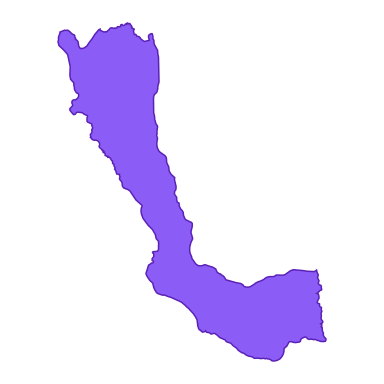 Santa Bárbara (Iscuandé), Nariño, Colombia (orthographic projection)
{"feature_id": "7082276B99136561352014", "entity_name": "Santa Bárbara (Iscuandé)", "entity_type": "district", "adm_level": 2, "iso_a3": "COL", "parent_name": "Colombia", "parent_adm1": "Nariño", "projection": "orthographic", "projection_center": [-77.93, 2.324], "detail": "fine", "context": "isolated", "style": "filled", "palette": "violet", "viewbox_px": 384, "rotation_deg": 0, "n_neighbors": 0, "source": "geoboundaries", "source_scale": "gbopen_adm2", "svg_char_len": 5922}
<svg xmlns="http://www.w3.org/2000/svg" viewBox="0 0 384 384"><path d="M152.1,33.7L151.0,33.7L148.9,35.0L148.5,36.1L148.6,37.8L149.3,39.8L149.2,40.3L144.7,41.4L143.6,41.1L141.2,39.2L140.4,38.4L140.0,37.5L139.0,36.6L136.9,36.3L136.0,34.6L135.4,34.3L134.7,34.5L134.1,34.0L133.4,30.5L134.2,29.7L134.0,28.9L131.7,28.1L131.6,27.9L132.1,27.5L131.6,26.0L131.3,25.8L131.0,25.1L130.5,24.8L129.9,23.6L128.5,23.8L127.9,23.1L127.2,23.0L126.9,23.6L126.2,23.8L126.7,24.1L123.6,25.4L122.7,25.4L122.0,24.5L121.3,24.6L120.6,25.1L120.8,26.0L120.6,26.5L120.1,26.7L117.4,26.7L116.9,27.8L115.6,28.4L115.0,27.9L114.2,28.3L113.1,28.3L112.4,27.9L111.5,27.8L110.3,28.1L109.1,29.6L106.3,32.0L105.6,31.7L104.0,32.0L100.2,30.4L100.1,29.1L98.7,29.8L94.7,34.6L92.2,38.6L88.7,43.2L87.1,45.8L84.3,47.9L82.3,48.5L80.1,48.3L78.8,46.3L78.0,41.6L76.8,40.1L75.5,39.5L75.7,38.4L74.9,37.3L74.7,35.4L73.9,34.7L73.3,34.6L71.6,33.5L69.9,31.7L67.8,30.2L65.7,30.4L64.6,30.2L59.9,32.1L60.0,33.0L58.5,37.0L58.5,39.8L58.0,41.8L59.0,45.6L63.1,49.4L66.3,52.9L67.7,54.8L70.2,66.5L69.9,75.3L70.6,79.3L73.8,82.9L73.8,85.1L74.3,86.9L74.4,89.0L75.0,90.5L76.5,92.9L78.1,93.5L78.7,94.8L78.5,96.7L77.5,98.3L75.7,99.7L73.1,100.0L72.0,101.2L71.9,103.2L72.5,104.4L72.6,105.7L70.0,108.5L69.8,109.1L70.0,110.4L73.1,114.2L73.7,114.6L75.2,114.3L76.6,112.4L77.9,112.2L82.3,112.7L84.2,114.3L87.4,115.6L87.5,116.7L87.0,118.0L87.0,121.3L87.7,122.1L91.8,124.0L91.9,126.0L92.7,127.6L92.7,128.2L91.9,129.3L91.7,130.4L92.0,131.0L92.0,132.1L91.5,133.2L90.4,134.3L90.4,135.3L90.8,136.6L90.4,137.2L90.4,137.5L91.2,138.1L91.8,139.1L93.0,139.9L94.6,140.3L95.4,140.1L97.0,140.5L98.6,141.5L99.5,143.4L99.7,144.6L99.1,146.4L99.5,147.5L101.5,149.2L102.0,150.1L102.7,150.2L102.6,150.5L103.0,150.7L102.9,151.1L103.5,151.3L103.3,151.7L103.8,151.6L103.7,152.4L104.3,152.3L104.3,153.0L104.7,153.2L105.2,154.0L105.1,155.4L107.3,156.5L107.8,156.3L107.8,157.3L109.1,157.2L109.7,157.8L110.1,157.9L111.5,160.3L112.2,160.6L112.3,161.6L112.7,162.1L112.6,163.5L114.0,164.4L114.0,166.0L115.2,168.0L114.6,169.0L116.1,171.4L116.1,172.3L116.7,173.5L116.7,174.0L119.5,174.3L119.4,175.6L120.1,176.7L119.5,178.0L119.7,179.5L121.5,181.6L122.1,183.1L122.3,185.7L122.9,186.9L123.8,188.0L125.6,188.8L127.2,189.2L129.9,190.9L135.9,199.9L141.8,205.2L142.1,206.2L141.3,208.1L141.0,211.2L141.5,214.2L143.1,218.5L148.1,225.2L152.4,229.5L155.3,234.5L156.2,238.7L158.6,241.3L158.4,242.7L158.8,243.9L158.5,245.2L158.5,249.2L158.2,250.2L157.7,251.0L157.0,251.3L153.0,251.7L153.0,252.3L152.6,252.7L153.7,254.0L153.8,256.5L152.2,258.5L152.1,259.8L152.2,260.6L153.3,261.1L153.5,262.1L152.9,262.9L151.3,263.1L150.3,264.1L148.6,265.1L146.0,273.3L146.1,274.1L147.0,276.2L149.6,280.2L152.7,283.1L153.8,287.7L155.0,290.2L156.3,292.3L157.4,293.4L162.3,295.1L164.6,295.1L168.8,296.8L170.3,297.1L179.5,301.2L181.6,302.3L185.3,305.4L187.4,307.6L187.8,307.6L193.2,313.5L195.6,317.0L197.1,320.0L197.4,323.1L197.9,324.4L197.6,324.9L197.7,325.9L198.2,327.0L198.5,328.4L199.4,329.9L200.6,330.1L201.1,331.1L202.8,332.2L205.5,331.3L205.6,331.0L206.7,332.3L209.4,332.7L210.9,334.0L211.6,334.0L213.7,333.4L214.9,333.5L217.0,335.0L219.8,337.6L224.6,339.7L225.4,340.2L225.9,341.1L226.8,341.9L230.8,343.2L233.0,345.6L236.9,348.4L237.8,349.8L239.9,351.5L241.8,352.7L243.9,353.3L246.1,355.0L248.2,356.0L252.4,356.9L253.9,358.1L255.2,358.3L257.5,358.1L260.9,358.6L263.5,358.3L265.3,358.8L266.7,358.5L267.5,358.9L268.9,359.0L270.3,359.5L272.1,360.9L274.1,361.0L276.8,360.5L279.7,359.1L281.5,357.2L283.0,354.7L283.9,351.9L284.1,348.4L286.7,346.3L289.1,341.9L291.1,341.6L293.2,342.3L295.4,342.6L299.2,342.1L300.3,341.4L300.6,340.8L300.6,339.8L301.1,339.0L301.9,338.3L304.8,337.0L305.9,337.2L306.8,337.8L307.4,338.7L309.2,339.4L311.4,339.1L313.9,339.7L315.0,339.4L316.1,339.7L317.6,340.5L318.8,340.6L320.4,341.4L323.0,341.6L325.3,341.3L325.9,340.1L326.0,338.9L324.2,336.9L323.4,335.4L323.2,334.5L323.5,333.3L322.7,331.8L322.3,329.9L322.2,327.4L321.2,326.8L321.8,325.8L321.8,324.8L321.5,324.1L320.9,324.0L320.6,323.7L322.1,323.2L322.9,322.0L322.6,321.1L321.6,319.8L321.0,318.6L321.4,315.6L321.0,313.4L321.9,311.2L321.2,310.0L321.5,307.8L321.3,307.3L320.5,307.1L319.7,306.4L319.5,303.8L317.8,303.3L317.2,302.5L318.0,299.9L318.9,298.6L319.0,296.9L318.6,294.7L317.6,293.7L317.0,293.4L318.1,293.1L318.3,291.9L319.1,291.6L320.5,290.1L321.5,290.0L321.7,289.3L321.2,287.3L321.4,286.4L320.9,285.4L319.1,284.6L318.3,283.3L319.0,280.7L317.7,278.2L317.6,277.1L318.1,276.0L318.2,274.7L317.0,272.3L316.6,270.1L314.4,271.6L306.8,271.2L303.3,270.6L293.4,269.7L290.5,270.7L284.9,274.7L284.0,275.0L282.4,275.2L276.6,275.0L276.0,275.1L274.7,276.2L273.4,276.6L269.8,276.6L267.0,277.2L265.2,278.2L263.9,279.4L260.4,281.1L258.3,281.7L255.3,283.2L254.6,284.0L250.9,286.3L249.4,287.0L246.6,287.2L244.3,286.5L243.6,286.0L242.8,284.7L240.7,283.5L236.3,282.7L225.9,279.8L224.5,277.3L223.5,276.2L221.0,274.6L220.7,274.0L219.1,273.6L217.0,272.0L215.7,268.9L212.6,267.1L208.4,265.9L205.5,264.8L204.1,264.8L202.8,265.5L200.9,265.9L198.4,265.7L195.7,263.9L191.9,258.4L191.6,256.7L190.4,253.9L189.7,251.3L189.7,248.1L189.8,246.7L190.9,242.5L192.5,239.2L192.6,238.1L191.0,232.7L191.1,231.2L192.3,226.3L192.3,223.7L191.7,222.6L185.9,219.8L184.9,218.7L183.5,215.3L183.2,212.2L181.9,210.2L180.5,208.7L179.6,206.8L179.2,205.2L179.1,203.3L178.8,202.9L177.5,202.3L177.1,201.7L176.6,199.0L176.7,197.4L174.5,194.2L174.6,191.5L175.9,189.5L176.1,186.6L174.5,179.7L174.7,177.6L171.1,174.3L169.2,171.1L168.6,166.3L168.0,165.5L166.7,162.5L166.4,158.2L166.1,157.1L164.9,155.6L160.1,152.2L158.9,151.0L157.5,148.2L156.9,145.6L156.8,142.9L157.5,138.3L156.7,135.6L156.7,134.7L157.1,133.8L156.9,131.8L157.6,126.6L157.4,125.9L155.9,123.6L154.7,119.4L154.6,116.5L153.7,112.9L153.5,98.7L153.7,96.5L154.3,94.7L156.7,92.4L157.2,90.9L157.8,88.7L157.8,86.3L159.0,82.0L158.5,57.1L157.8,53.8L157.6,50.4L154.5,44.7L154.0,43.4L153.9,40.3L153.0,38.8L152.8,35.5L152.1,33.7Z" fill="#8b5cf6" stroke="#5b21b6" stroke-width="1.5"/></svg>